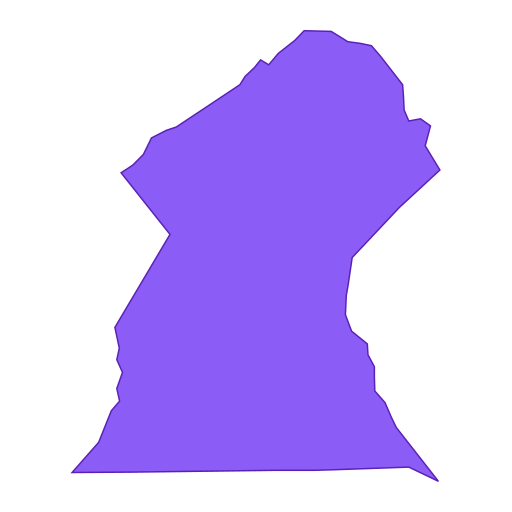 Santa Cruz da Baixa Verde, Pernambuco, Brazil
{"feature_id": "56859067B75266900672705", "entity_name": "Santa Cruz da Baixa Verde", "entity_type": "district", "adm_level": 2, "iso_a3": "BRA", "parent_name": "Brazil", "parent_adm1": "Pernambuco", "projection": "robinson", "projection_center": [-38.169, -7.844], "detail": "fine", "context": "isolated", "style": "filled", "palette": "violet", "viewbox_px": 512, "rotation_deg": 0, "n_neighbors": 0, "source": "geoboundaries", "source_scale": "gbopen_adm2", "svg_char_len": 823}
<svg xmlns="http://www.w3.org/2000/svg" viewBox="0 0 512 512"><path d="M121.1,172.8L170.0,234.4L114.9,327.4L119.3,348.2L116.8,359.7L122.5,372.4L116.8,388.5L119.6,401.1L111.3,410.8L98.7,442.3L72.1,472.5L131.3,472.1L276.1,470.3L303.6,470.3L314.4,470.3L335.2,469.7L408.8,467.1L438.4,481.3L396.3,427.5L391.4,417.4L385.0,402.6L374.8,391.0L374.4,377.3L374.4,366.8L368.0,354.8L367.3,343.9L351.6,331.2L345.4,314.7L346.3,295.4L348.2,284.5L352.2,257.5L399.5,207.3L439.9,170.0L425.2,145.8L430.5,125.9L420.5,118.8L408.8,121.0L404.1,110.0L403.5,96.7L402.6,84.7L380.3,56.0L371.4,45.7L360.5,43.4L347.8,41.7L331.2,31.4L304.2,30.7L294.6,40.6L278.5,53.2L268.7,64.8L260.6,59.9L254.4,67.6L245.1,76.4L239.9,84.7L176.3,127.0L166.2,130.4L151.5,137.9L143.4,154.4L132.8,165.1L121.1,172.8Z" fill="#8b5cf6" stroke="#5b21b6" stroke-width="1.5"/></svg>